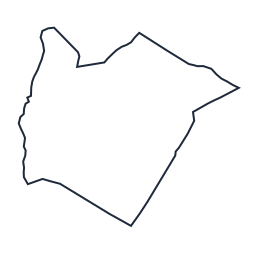 Pedrão, Bahia, Brazil (Mercator projection), rotated 182°
{"feature_id": "56859067B19486192876927", "entity_name": "Pedrão", "entity_type": "district", "adm_level": 2, "iso_a3": "BRA", "parent_name": "Brazil", "parent_adm1": "Bahia", "projection": "mercator", "projection_center": [-38.628, -12.125], "detail": "fine", "context": "isolated", "style": "outline", "palette": "slate", "viewbox_px": 256, "rotation_deg": 182, "n_neighbors": 0, "source": "geoboundaries", "source_scale": "gbopen_adm2", "svg_char_len": 1044}
<svg xmlns="http://www.w3.org/2000/svg" viewBox="0 0 256 256"><g transform="rotate(182 128 128)"><path d="M226.1,68.4L211.6,74.1L203.3,72.0L194.0,69.9L143.3,41.4L121.6,30.3L113.0,43.3L105.6,55.6L79.8,102.1L79.5,106.2L76.4,110.1L68.2,124.3L62.1,137.5L63.6,146.3L48.8,155.4L41.9,159.1L36.7,161.7L18.7,172.0L25.0,174.8L30.7,178.0L36.3,180.6L41.5,184.7L46.8,190.1L55.0,192.5L60.8,192.2L64.9,193.2L69.3,194.0L91.6,206.7L120.1,223.5L124.6,218.5L127.9,213.8L132.3,211.0L137.2,208.9L142.2,205.4L146.5,201.1L150.8,196.6L153.9,192.7L181.0,187.3L180.1,193.1L179.1,197.9L180.6,202.0L205.4,225.7L211.3,224.8L217.0,222.0L218.5,215.5L215.9,209.3L214.5,202.0L215.6,198.0L216.4,194.2L218.6,188.1L220.2,183.2L221.9,179.6L223.8,175.7L225.3,171.1L226.1,165.3L226.1,161.2L226.1,156.7L229.7,154.9L228.0,150.8L231.2,148.7L232.5,143.9L232.7,138.4L236.0,135.1L237.3,128.8L234.9,123.3L232.7,119.2L230.6,114.5L231.0,110.1L231.5,105.8L229.5,102.0L229.7,96.9L231.6,90.7L230.5,84.7L230.7,79.9L230.3,75.2L226.1,68.4Z" fill="none" stroke="#1e293b" stroke-width="2"/></g></svg>